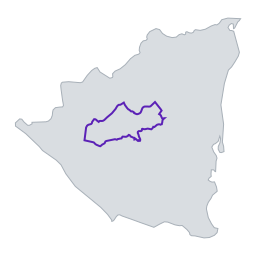 Matagalpa highlighted on a map of Nicaragua
{"feature_id": "NIC-666", "entity_name": "Matagalpa", "entity_type": "Department", "adm_level": 1, "iso_a3": "NIC", "parent_name": "Nicaragua", "parent_adm1": "", "projection": "albers", "projection_center": [-85.323, 12.952], "detail": "medium", "context": "in_parent", "style": "outline", "palette": "violet", "viewbox_px": 256, "rotation_deg": 0, "n_neighbors": 0, "source": "natural_earth", "source_scale": "10m", "svg_char_len": 3950}
<svg xmlns="http://www.w3.org/2000/svg" viewBox="0 0 256 256"><path d="M240.6,18.7L239.3,20.6L237.8,21.9L234.6,28.1L233.5,28.6L233.3,24.1L231.4,23.5L229.2,25.1L228.0,27.5L229.9,30.5L231.6,30.5L233.7,31.3L239.4,52.3L238.3,56.1L234.9,61.9L231.6,66.9L228.4,70.1L224.4,83.4L220.9,104.9L223.6,124.2L222.4,142.1L223.6,146.3L224.0,151.6L221.3,152.6L219.8,152.4L218.2,149.2L218.3,146.4L219.9,143.0L220.6,138.5L219.8,136.1L218.2,141.3L215.4,143.6L213.5,144.4L211.8,147.1L213.7,151.9L216.2,155.5L217.0,158.1L216.1,161.1L215.6,171.6L214.8,171.3L213.8,169.9L211.3,169.8L211.0,174.0L211.2,176.4L209.0,178.2L208.2,180.0L210.0,181.3L212.0,182.1L214.5,181.9L216.5,187.0L217.2,191.2L212.5,195.2L211.0,198.4L208.3,202.3L206.8,206.1L206.4,208.9L208.3,217.6L211.5,223.8L214.3,227.7L217.9,228.5L217.1,232.6L214.4,235.3L209.4,237.5L204.0,237.9L195.0,235.9L191.4,235.7L189.9,234.6L189.5,232.6L186.9,229.5L182.2,225.5L179.5,225.7L175.1,224.9L167.8,222.1L164.4,221.8L159.5,224.2L153.9,227.3L140.3,222.5L130.7,219.0L122.1,216.0L119.8,214.8L117.9,215.0L116.3,216.6L114.4,219.5L113.8,220.3L112.8,221.1L111.7,221.3L111.7,220.0L107.5,214.3L100.8,207.4L75.3,186.4L65.9,173.9L61.0,164.8L56.2,160.1L42.5,150.5L39.3,146.6L25.8,133.7L15.5,126.1L15.4,122.9L19.7,118.9L21.8,119.2L24.0,122.0L27.7,125.3L29.4,125.3L32.0,123.9L32.0,122.3L46.0,121.8L48.5,121.0L51.0,118.7L52.3,115.4L52.6,112.2L53.1,109.9L55.4,107.7L59.5,107.1L62.6,106.9L63.5,105.4L62.6,100.5L61.0,88.8L60.7,85.5L61.3,83.1L62.5,82.2L68.7,81.7L80.3,82.7L82.6,82.0L87.3,75.3L91.7,70.5L94.8,68.3L97.2,67.6L100.0,72.0L109.8,78.2L111.5,77.8L112.5,77.5L112.8,76.6L112.6,73.7L115.1,71.1L120.2,68.8L125.3,64.7L130.5,58.7L134.9,55.3L138.7,54.2L140.1,52.6L139.2,50.4L139.5,47.3L141.0,43.2L143.2,40.9L146.1,40.3L147.3,39.0L146.7,37.1L147.2,35.0L149.8,31.6L156.0,28.6L159.6,29.6L162.5,33.5L166.7,36.2L172.1,37.6L176.3,37.1L179.2,34.6L181.9,33.8L184.3,34.8L185.6,34.2L185.7,32.2L186.9,31.7L189.3,32.8L191.3,33.1L193.1,32.5L193.8,31.5L194.2,30.5L195.5,29.7L200.2,30.4L205.4,29.2L211.2,26.0L215.0,24.6L216.9,24.9L219.2,23.3L221.8,19.7L227.8,18.1L240.6,18.7Z" fill="#d9dde1" stroke="#a8b0b8" stroke-width="1"/><path d="M134.4,139.5L134.7,138.1L134.3,137.8L133.5,137.8L132.6,137.3L130.6,136.5L130.4,136.0L130.0,135.5L129.5,135.1L128.7,134.9L128.4,135.2L127.8,136.0L126.9,136.4L126.7,136.6L125.9,136.8L122.6,136.6L122.3,136.9L121.5,138.4L119.8,138.6L119.3,138.8L117.7,139.1L116.9,139.7L115.0,139.2L106.3,141.0L105.4,141.5L104.6,143.3L102.2,144.6L100.4,146.2L99.6,146.1L96.5,144.8L95.4,144.1L93.9,142.5L93.0,142.2L84.5,140.3L86.1,127.5L87.1,125.7L87.5,125.3L88.6,124.7L90.5,124.2L91.1,124.0L91.5,123.7L91.9,123.1L92.2,121.8L94.1,119.2L95.0,119.2L95.5,119.4L96.2,119.8L97.0,120.6L98.7,121.9L99.4,121.1L99.6,121.0L100.2,120.9L102.0,121.0L103.2,120.7L104.3,120.0L107.1,117.3L111.9,113.3L115.5,109.0L117.1,106.3L117.8,105.5L118.9,104.8L120.1,104.8L121.0,104.4L123.8,102.6L124.9,105.0L127.4,108.4L128.4,109.4L129.3,109.8L131.1,111.4L132.5,111.4L133.8,112.2L134.0,112.9L134.6,113.0L135.0,113.5L136.5,114.1L137.1,114.2L138.4,113.9L139.8,113.2L140.3,112.8L140.7,112.3L141.3,111.0L142.3,108.3L143.0,107.4L144.3,106.6L145.9,106.5L149.2,106.6L150.0,106.5L150.5,106.3L155.0,102.0L160.7,109.2L161.6,110.6L159.5,113.5L159.1,114.1L159.7,114.5L160.3,114.8L160.9,115.5L161.3,116.6L162.0,118.1L162.3,118.5L163.0,118.7L164.0,118.2L164.4,118.2L163.8,118.7L162.7,119.9L162.5,120.3L162.2,122.7L161.9,123.4L161.8,124.2L161.2,124.3L160.6,124.7L159.4,124.3L158.7,124.3L157.2,124.7L156.5,125.2L155.4,126.2L154.3,127.0L153.3,126.8L152.9,127.6L152.4,128.4L151.3,129.3L147.7,128.6L145.1,129.2L143.9,129.2L142.6,128.8L142.1,128.9L141.9,129.2L141.9,130.0L141.8,130.5L141.2,131.0L140.7,131.1L138.8,131.1L138.0,131.7L137.8,132.1L137.8,133.1L138.5,134.6L138.9,136.4L140.2,139.2L140.2,140.2L139.9,140.9L139.5,140.9L138.8,140.4L138.4,140.2L138.2,140.4L138.0,140.9L137.7,140.8L136.1,139.1L135.6,139.0L134.7,139.5L134.4,139.5Z" fill="none" stroke="#5b21b6" stroke-width="2"/></svg>